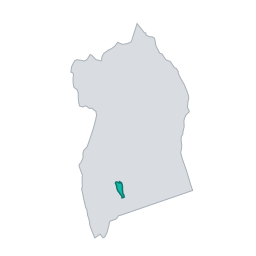 Uganda, with Lyantonde highlighted, rotated 341°
{"feature_id": "UGA-5618", "entity_name": "Lyantonde", "entity_type": "District", "adm_level": 1, "iso_a3": "UGA", "parent_name": "Uganda", "parent_adm1": "", "projection": "equal_earth", "projection_center": [31.198, -0.28], "detail": "fine", "context": "in_parent", "style": "filled", "palette": "teal", "viewbox_px": 256, "rotation_deg": 341, "n_neighbors": 0, "source": "natural_earth", "source_scale": "10m", "svg_char_len": 2635}
<svg xmlns="http://www.w3.org/2000/svg" viewBox="0 0 256 256"><g transform="rotate(341 128 128)"><path d="M168.8,208.1L166.1,208.1L161.7,208.1L157.2,208.1L152.8,208.1L148.3,208.1L143.9,208.1L139.4,208.1L135.0,208.1L130.6,208.1L126.1,208.1L121.7,208.1L117.2,208.1L112.8,208.1L108.3,208.1L103.9,208.1L99.4,208.1L95.0,208.1L92.4,208.1L91.8,208.0L91.5,207.8L89.8,208.2L88.1,209.7L86.2,210.3L84.2,210.1L84.0,210.3L83.0,210.2L81.6,210.1L80.3,210.5L79.3,211.8L78.2,214.0L76.4,216.5L75.0,218.8L73.8,220.4L71.0,223.0L69.5,223.8L68.7,223.7L68.3,223.2L67.4,219.8L66.9,219.3L61.5,221.0L60.7,221.1L60.7,220.0L60.3,212.1L60.3,207.2L61.0,204.2L61.4,200.7L61.4,197.6L62.4,192.3L62.1,189.2L63.3,178.1L63.7,176.3L64.2,171.0L65.0,169.3L65.7,168.7L66.6,165.4L68.4,160.2L69.6,157.5L69.3,151.6L69.5,147.6L69.8,146.7L72.4,145.2L75.8,141.5L77.2,137.1L79.3,134.4L83.2,132.6L94.8,117.6L100.2,109.5L102.6,105.4L102.7,103.9L103.1,102.0L102.2,100.5L101.0,99.1L100.7,97.8L99.7,97.2L98.3,97.2L97.4,96.3L96.3,94.5L95.3,93.3L92.0,93.4L89.5,91.6L89.5,89.1L90.5,84.1L92.4,78.4L92.5,76.8L92.3,75.5L91.8,74.3L90.9,73.2L90.1,71.8L90.7,67.8L92.0,63.7L92.9,61.7L93.9,59.5L93.6,57.6L92.2,56.7L93.0,54.9L94.5,51.9L97.5,48.8L100.1,46.8L101.8,46.8L105.2,48.4L108.2,50.3L109.9,50.4L112.0,49.6L116.2,46.2L117.2,47.3L118.4,49.4L119.8,52.8L122.4,54.4L123.7,55.4L124.6,55.8L125.1,55.5L126.2,52.8L127.4,51.3L129.6,49.5L134.6,48.0L138.1,47.6L139.6,47.2L142.2,46.4L146.1,43.6L150.1,47.2L154.3,47.9L158.4,47.8L159.7,46.8L160.4,45.9L164.7,40.1L170.6,32.2L174.5,43.3L175.8,44.0L175.6,44.9L175.3,45.9L177.9,48.6L181.0,50.0L182.1,51.4L182.2,52.8L181.2,59.4L181.4,61.2L182.4,67.7L184.3,69.2L186.0,75.8L189.3,78.6L189.8,79.4L190.6,82.6L191.6,86.1L192.4,86.9L192.9,87.1L193.9,90.8L193.3,92.8L194.1,99.2L195.3,104.8L195.7,111.6L195.7,114.5L195.7,116.4L195.4,118.9L194.8,120.4L193.7,121.9L192.5,124.1L191.5,126.6L190.9,127.8L191.4,131.4L191.2,132.4L191.0,132.8L189.4,133.4L187.5,134.4L186.3,135.3L184.6,137.2L183.3,139.2L181.5,145.1L178.6,149.7L178.1,151.2L175.3,153.9L174.1,157.3L173.3,161.4L172.2,164.4L169.8,168.4L169.3,174.9L169.4,187.7L168.8,202.3L168.8,208.1Z" fill="#d9dde1" stroke="#a8b0b8" stroke-width="1"/><path d="M99.1,175.2L99.7,175.4L101.0,176.0L101.1,176.6L102.4,177.4L102.7,176.2L103.4,176.9L104.0,177.7L103.9,178.6L104.0,179.1L104.0,179.6L103.9,180.5L103.7,181.3L103.5,182.3L103.2,183.1L102.9,183.3L102.8,183.7L102.5,185.4L102.1,187.0L101.8,188.5L102.2,189.9L102.0,192.0L100.9,192.2L99.6,192.1L99.9,190.9L99.7,189.7L99.3,188.6L98.6,185.9L98.1,184.8L97.9,183.6L97.9,181.4L98.4,178.6L98.2,175.8L98.7,175.5L99.1,175.2Z" fill="#14b8a6" stroke="#0f766e" stroke-width="1.5"/></g></svg>